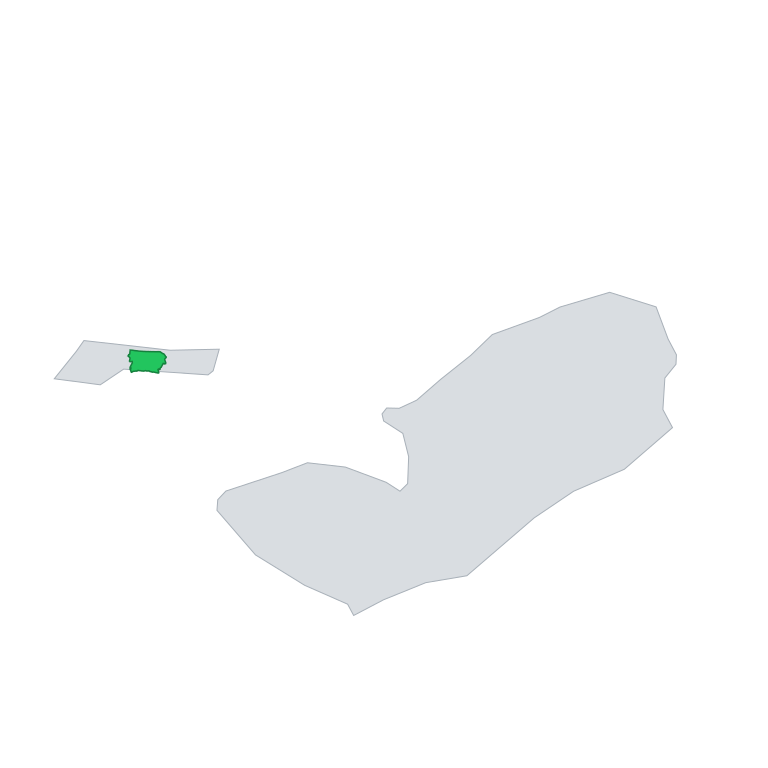 Deir Al Balah, Gaza Strip, Palestine shown in context, rotated 55°
{"feature_id": "87354302B22339434669936", "entity_name": "Deir Al Balah", "entity_type": "district", "adm_level": 2, "iso_a3": "PSE", "parent_name": "Palestine", "parent_adm1": "Gaza Strip", "projection": "equal_earth", "projection_center": [34.378, 31.42], "detail": "fine", "context": "in_parent", "style": "filled", "palette": "green", "viewbox_px": 768, "rotation_deg": 55, "n_neighbors": 0, "source": "geoboundaries", "source_scale": "gbopen_adm2", "svg_char_len": 4673}
<svg xmlns="http://www.w3.org/2000/svg" viewBox="0 0 768 768"><g transform="rotate(55 384 384)"><path d="M585.2,172.7L591.7,236.0L580.6,290.2L579.8,337.7L588.6,426.1L570.7,463.7L560.5,508.1L556.2,541.6L543.5,540.1L503.5,564.4L450.3,587.3L391.7,593.3L383.4,586.5L381.0,574.9L398.0,518.5L404.6,491.9L429.9,463.3L465.8,438.6L481.0,432.4L479.2,421.8L457.7,405.5L435.3,396.9L414.1,405.5L407.4,402.8L405.2,395.6L412.6,385.5L416.0,366.6L412.7,335.0L410.3,296.6L405.6,266.9L418.6,218.6L421.9,195.7L438.3,146.6L476.9,116.9L510.2,125.5L527.8,127.7L535.3,133.5L540.2,150.5L564.9,170.2L585.2,172.7ZM261.0,499.0L275.2,516.4L275.6,522.9L222.5,588.7L221.9,616.9L190.6,651.1L180.7,617.1L176.3,604.9L233.7,539.8L261.0,499.0Z" fill="#d9dde1" stroke="#a8b0b8" stroke-width="1"/><path d="M229.3,548.8L229.1,549.1L228.9,549.3L228.7,549.5L228.4,549.9L228.1,550.3L227.8,550.8L227.5,551.2L227.2,551.7L227.0,552.0L226.8,552.2L226.7,552.4L226.5,552.7L226.4,552.8L226.3,553.0L226.1,553.3L225.7,553.7L225.2,554.4L224.5,555.4L224.1,556.0L223.8,556.4L223.5,556.7L223.1,557.4L223.0,557.6L222.8,557.8L222.4,558.2L222.1,558.7L221.9,559.0L221.7,559.2L221.4,559.6L221.2,560.0L220.9,560.4L220.6,560.7L220.4,561.0L220.1,561.3L220.0,561.5L219.6,562.0L219.3,562.5L219.1,562.7L218.9,562.8L218.8,563.0L218.7,563.2L218.6,563.3L218.3,563.7L218.2,563.8L217.9,564.1L217.4,564.8L217.1,565.1L216.8,565.5L216.6,565.8L216.4,566.0L216.2,566.2L216.0,566.4L215.8,566.6L215.4,567.0L214.9,567.6L214.5,568.1L214.1,568.5L213.8,568.9L213.3,569.4L212.6,570.1L212.2,570.5L211.8,571.0L211.3,571.6L210.8,572.2L210.6,572.5L211.0,572.7L212.1,573.8L212.5,574.1L212.7,574.3L212.9,574.4L213.4,574.8L213.7,575.4L213.5,576.3L214.3,577.4L214.3,577.5L214.5,577.4L214.9,577.4L215.6,577.3L216.1,577.2L216.5,577.1L216.8,577.1L217.0,577.2L217.3,577.3L217.5,577.5L217.9,578.0L218.2,578.2L218.4,578.4L218.6,578.6L218.7,578.8L218.8,578.9L219.0,579.1L219.3,579.4L219.7,579.7L219.7,579.8L219.8,579.6L219.9,579.4L220.0,579.2L220.3,578.9L220.3,578.7L220.6,578.3L220.8,577.8L221.1,577.3L221.3,577.4L221.4,577.5L221.5,577.6L222.0,577.8L222.2,578.0L222.3,578.1L222.4,578.3L222.5,578.3L222.7,578.7L223.2,579.8L223.6,580.4L223.7,580.7L224.0,581.1L224.2,581.6L224.3,581.8L224.4,582.0L224.5,582.1L224.8,582.4L225.0,582.6L225.1,582.8L225.3,582.9L225.5,583.0L225.8,583.2L225.9,582.8L226.0,582.8L226.0,582.7L226.1,582.8L226.2,582.6L226.3,582.7L226.9,583.6L227.0,583.6L227.3,583.7L227.5,583.7L227.7,583.8L227.9,583.8L228.2,583.9L228.3,584.0L228.6,584.0L228.8,584.1L229.0,584.2L229.3,584.2L229.5,584.2L229.7,583.7L229.6,583.3L229.6,583.1L229.8,582.9L229.8,582.6L229.8,582.4L229.8,582.2L230.0,581.8L230.2,581.4L230.5,580.9L230.7,580.6L230.9,580.2L231.0,579.9L231.1,579.7L231.3,579.5L231.5,579.4L231.5,579.2L231.6,578.9L231.7,578.7L231.8,578.6L231.9,578.4L231.7,578.1L231.7,577.9L231.8,577.7L232.4,577.0L232.8,576.7L233.0,576.4L233.3,576.1L233.4,575.9L233.5,575.7L233.8,575.5L234.1,575.3L234.2,575.2L234.3,575.0L234.4,574.8L234.5,574.7L234.9,574.3L235.0,574.2L235.3,573.8L235.5,573.6L235.6,573.4L235.7,573.1L235.9,572.8L236.0,572.5L236.0,572.3L236.1,572.1L236.1,571.9L236.6,571.4L236.9,571.3L237.0,571.2L237.2,570.9L237.4,570.7L237.6,570.3L237.8,570.1L238.0,569.9L238.1,569.7L238.2,569.4L238.2,569.2L238.4,569.1L238.7,568.9L238.9,568.7L239.1,568.6L239.3,568.6L239.5,568.6L239.8,568.4L239.9,568.2L240.0,568.1L240.2,567.9L240.3,567.7L240.6,567.4L240.9,567.3L241.1,567.3L241.3,567.1L241.5,566.9L241.6,566.7L241.8,566.3L241.8,566.2L242.2,565.8L242.5,565.4L242.8,565.2L243.1,564.9L243.4,564.7L243.6,564.6L243.8,564.3L243.9,564.2L244.0,564.1L244.3,563.9L244.5,563.7L244.7,563.4L244.9,563.1L245.0,563.0L245.2,562.9L245.4,562.8L245.5,562.8L245.6,562.0L244.2,561.5L243.0,561.1L242.5,560.9L242.4,560.2L243.0,560.0L242.9,559.5L243.5,559.4L243.5,559.2L243.4,558.9L243.1,558.8L243.0,558.7L242.8,558.7L242.6,558.0L242.4,557.3L242.5,556.9L242.2,556.4L242.1,556.2L240.6,553.3L240.5,553.1L241.1,552.5L241.3,552.5L241.5,552.5L241.5,552.4L241.4,552.4L241.2,552.2L241.4,552.0L241.5,551.9L241.7,551.7L241.8,551.7L242.1,551.3L241.6,550.7L241.2,550.5L240.4,550.3L240.2,550.2L239.7,550.1L239.2,550.0L238.7,549.8L238.2,549.6L237.9,549.3L237.6,548.9L237.5,548.4L237.5,547.9L237.4,547.5L237.4,547.4L237.3,547.2L237.2,547.1L236.9,546.9L236.7,546.9L236.5,547.1L236.3,547.2L236.2,547.2L235.9,547.1L235.7,547.1L235.4,547.0L235.1,547.0L234.9,547.0L234.7,547.0L234.4,547.0L234.2,547.0L233.9,547.0L233.6,547.0L233.4,547.1L233.2,547.1L232.9,547.2L232.7,547.3L232.4,547.6L232.2,547.7L232.1,547.8L231.9,547.9L231.8,548.0L231.7,548.0L231.4,548.1L231.2,548.1L230.8,548.3L230.7,548.3L230.4,548.4L230.2,548.5L229.9,548.7L229.7,548.8L229.3,548.8Z" fill="#22c55e" stroke="#15803d" stroke-width="1.5"/></g></svg>